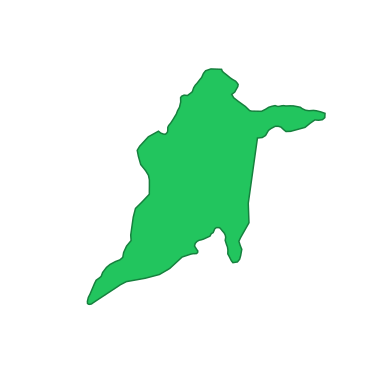 Nana-Bakassa, Ouham, Central African Republic (Robinson projection), rotated 49°
{"feature_id": "33826404B64832249251388", "entity_name": "Nana-Bakassa", "entity_type": "district", "adm_level": 2, "iso_a3": "CAF", "parent_name": "Central African Republic", "parent_adm1": "Ouham", "projection": "robinson", "projection_center": [17.392, 6.939], "detail": "fine", "context": "isolated", "style": "filled", "palette": "green", "viewbox_px": 384, "rotation_deg": 49, "n_neighbors": 0, "source": "geoboundaries", "source_scale": "gbopen_adm2", "svg_char_len": 2203}
<svg xmlns="http://www.w3.org/2000/svg" viewBox="0 0 384 384"><g transform="rotate(49 192 192)"><path d="M118.8,89.2L111.5,97.0L109.4,102.2L110.0,105.5L111.9,109.6L112.3,112.2L113.3,117.1L113.5,119.3L114.4,122.3L116.5,125.9L116.5,128.0L116.2,132.1L113.7,134.4L112.9,137.0L113.3,138.7L116.7,141.5L117.9,143.2L119.8,145.8L121.2,149.6L122.9,152.7L124.0,156.2L124.8,158.6L126.0,162.8L126.5,165.9L127.3,167.8L129.6,169.9L130.8,171.4L131.0,174.0L129.8,175.4L126.9,177.0L124.1,177.4L121.7,188.7L123.1,201.3L124.6,206.0L129.8,209.0L137.7,212.7L145.5,213.0L150.8,213.9L154.9,216.2L159.4,220.1L165.7,225.7L166.8,237.2L167.3,245.4L172.4,252.8L184.3,266.5L188.7,269.8L189.9,276.9L192.8,283.3L195.9,287.1L195.9,291.0L194.3,295.3L192.9,301.3L192.8,306.0L194.1,312.2L196.1,315.9L196.1,318.0L195.7,322.2L197.1,325.6L202.2,336.0L203.5,339.3L205.9,342.7L207.6,344.0L208.8,343.7L209.6,343.0L210.6,341.2L210.6,340.4L211.4,334.0L213.6,317.7L215.0,306.9L216.6,300.3L226.4,283.9L232.9,270.7L235.1,259.0L234.6,242.1L238.1,233.7L239.3,231.6L240.1,230.7L241.4,229.0L241.4,227.5L240.3,226.3L238.7,226.2L235.5,225.7L234.5,225.6L232.9,223.3L232.6,220.6L233.1,218.3L234.1,216.5L235.1,214.2L236.3,210.1L237.1,207.4L236.1,204.8L236.5,202.7L235.8,201.2L234.7,199.0L234.9,196.9L237.0,194.6L239.3,194.5L241.3,194.6L243.8,194.6L246.1,195.1L248.2,196.2L250.3,198.7L254.2,200.4L256.7,201.3L259.4,203.0L262.2,205.6L265.0,206.2L269.6,207.4L272.2,207.5L274.6,203.6L274.0,200.2L272.0,197.1L267.9,192.0L266.8,191.7L263.5,190.5L259.9,188.9L258.3,185.3L252.6,169.2L237.4,156.9L194.2,107.2L197.0,103.2L197.6,99.4L195.7,93.9L195.9,90.9L197.0,86.1L199.0,83.8L201.3,82.3L205.3,81.9L208.0,81.4L210.9,77.8L217.4,64.3L217.6,57.7L218.2,52.0L220.9,49.4L223.0,46.1L223.0,43.0L219.9,40.0L215.9,42.3L212.2,44.9L210.1,46.8L207.4,50.4L204.7,52.7L201.3,54.2L199.2,54.6L196.3,56.8L193.4,59.1L191.1,61.7L188.6,64.8L186.9,66.2L185.7,67.9L184.4,70.3L183.4,71.4L181.3,72.6L179.6,75.7L178.4,78.5L177.8,82.3L176.7,86.6L170.1,93.9L168.4,95.1L162.5,95.6L153.6,97.7L148.2,98.7L144.4,98.0L144.6,94.2L142.5,88.3L141.1,86.6L139.0,86.4L136.9,86.4L133.8,87.5L130.8,88.3L126.5,89.0L122.9,89.7L120.8,89.9L118.8,89.2Z" fill="#22c55e" stroke="#15803d" stroke-width="1.5"/></g></svg>